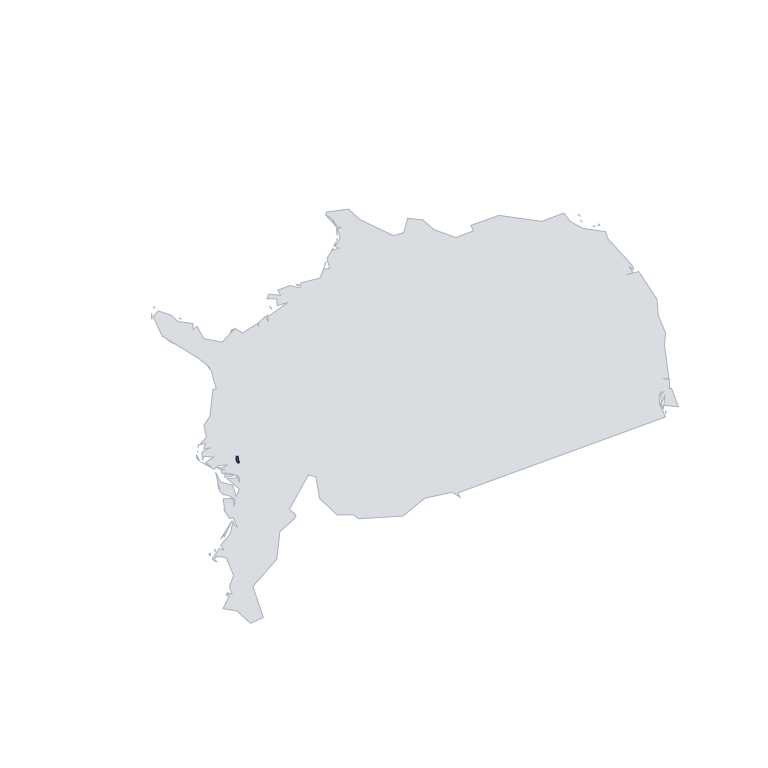 Cumberland, Virginia, United States of America (highlighted), rotated 140°
{"feature_id": "52423323B14304412427798", "entity_name": "Cumberland", "entity_type": "district", "adm_level": 2, "iso_a3": "USA", "parent_name": "United States of America", "parent_adm1": "Virginia", "projection": "orthographic", "projection_center": [-78.246, 37.525], "detail": "fine", "context": "in_parent", "style": "filled", "palette": "slate", "viewbox_px": 768, "rotation_deg": 140, "n_neighbors": 0, "source": "geoboundaries", "source_scale": "gbopen_adm2", "svg_char_len": 4198}
<svg xmlns="http://www.w3.org/2000/svg" viewBox="0 0 768 768"><g transform="rotate(140 384 384)"><path d="M578.5,318.8L614.6,313.2L626.5,282.8L640.1,286.5L642.5,304.4L651.7,315.4L638.5,321.2L638.1,324.6L635.5,320.7L632.7,328.1L622.3,334.0L616.4,352.5L623.2,359.7L627.3,358.4L625.9,355.2L627.4,356.6L628.0,360.4L616.1,363.9L613.5,360.0L612.7,365.6L598.6,367.8L588.3,375.5L589.2,371.4L588.1,368.8L585.6,378.6L588.7,380.2L587.9,388.5L581.0,399.4L573.1,393.1L577.6,386.3L572.4,391.1L574.7,398.4L578.0,402.5L578.7,407.2L569.7,424.7L572.3,413.8L564.9,403.8L569.5,392.9L562.3,396.3L565.0,412.2L558.0,407.5L555.5,408.0L557.7,403.0L557.6,401.5L555.2,405.4L555.1,408.8L565.9,414.8L563.5,417.7L558.7,412.2L556.9,411.2L562.9,417.8L565.6,419.1L564.1,423.2L560.7,420.1L565.9,426.1L564.7,426.9L562.2,423.9L555.5,422.5L563.8,428.2L569.0,427.9L574.5,442.5L569.7,431.3L571.2,438.6L561.3,437.3L568.5,444.4L572.0,442.2L567.6,448.9L558.1,446.8L563.9,450.1L558.9,453.5L564.8,455.9L554.1,457.5L548.4,468.2L538.2,471.1L518.3,490.1L515.8,487.9L507.8,505.3L507.0,509.7L509.7,523.2L523.1,563.3L517.6,584.0L509.9,585.0L502.8,573.6L501.7,564.3L491.5,553.1L495.3,548.4L490.1,548.4L492.9,534.7L481.3,520.2L462.3,522.2L459.5,513.9L441.1,511.6L443.7,508.7L440.2,511.5L431.8,512.1L432.2,505.9L430.4,510.1L405.2,508.3L415.6,512.7L411.3,518.0L418.9,524.5L414.5,526.9L406.2,518.4L405.0,524.1L392.9,520.0L386.8,511.7L382.2,514.8L365.1,506.3L353.6,512.4L356.6,510.7L351.3,507.6L347.1,516.8L335.3,521.0L338.1,519.6L331.2,517.2L333.1,521.0L324.2,523.4L319.4,533.4L315.9,530.9L318.7,534.5L317.7,544.4L320.2,551.0L317.4,552.6L298.7,540.7L296.7,525.3L281.5,491.7L271.5,487.3L259.4,495.8L248.9,484.9L246.5,470.2L234.7,449.9L217.1,443.8L215.4,449.6L187.6,439.3L158.7,407.2L136.3,399.3L136.8,388.3L131.3,374.9L116.3,358.4L119.0,351.7L117.7,313.9L119.6,311.1L120.6,316.6L121.8,309.2L128.1,312.1L116.5,306.3L120.5,273.3L129.9,260.1L135.5,242.2L144.0,233.6L162.3,205.0L166.9,208.8L162.2,203.9L168.4,197.0L166.5,195.9L173.1,177.4L183.5,187.7L175.9,194.9L183.6,191.1L178.9,198.2L174.9,198.2L176.9,199.8L181.0,198.1L186.1,191.2L189.5,177.8L397.4,253.1L398.6,248.3L401.3,257.2L426.4,270.4L454.5,270.7L490.2,297.2L491.4,303.4L504.1,313.9L506.9,337.9L495.9,356.5L500.2,363.0L537.0,348.9L535.8,340.0L539.0,338.5L558.7,337.8L578.5,318.8ZM603.1,371.6L609.1,370.2L587.9,377.1L605.3,369.2L603.1,371.6ZM186.2,185.4L185.1,191.0L184.6,191.6L184.4,186.8L186.2,185.4ZM320.1,549.3L318.8,540.1L319.7,535.2L319.3,540.5L320.1,549.3ZM640.0,321.7L640.2,324.5L639.2,324.0L640.0,321.7ZM386.7,514.3L387.0,516.5L385.2,514.5L386.7,514.3ZM120.1,369.7L122.5,369.7L122.5,370.1L120.1,369.7ZM118.2,367.7L116.8,368.6L116.6,367.1L118.2,367.7ZM621.7,363.9L620.1,365.8L619.6,365.4L621.7,363.9ZM321.9,531.1L319.8,534.6L324.6,527.8L321.9,531.1ZM519.2,550.1L521.8,558.0L518.7,549.4L519.2,550.1ZM128.3,381.3L128.4,383.8L128.1,381.4L128.3,381.3ZM518.8,585.2L516.3,587.6L520.4,582.5L518.8,585.2ZM575.4,447.5L573.0,450.6L574.8,443.2L575.4,447.5ZM186.8,180.6L186.0,182.0L185.8,180.9L186.8,180.6ZM333.0,522.6L328.9,523.6L333.2,522.0L333.0,522.6ZM627.5,364.2L627.5,366.2L625.7,365.9L627.5,364.2ZM126.1,386.8L125.9,389.6L125.8,386.9L126.1,386.8ZM327.7,524.9L326.0,525.5L327.6,524.2L327.7,524.9ZM577.8,410.6L575.3,414.8L578.1,409.0L577.8,410.6ZM352.2,513.9L349.5,515.0L353.5,512.9L352.2,513.9ZM508.2,507.4L507.6,510.7L507.4,508.4L508.2,507.4ZM565.7,456.4L564.9,457.0L567.4,454.5L565.7,456.4ZM469.1,522.0L465.8,523.5L464.6,523.0L469.1,522.0ZM430.6,511.4L430.0,511.9L428.2,511.6L430.6,511.4ZM498.2,564.4L498.6,566.7L497.7,563.9L498.2,564.4ZM422.2,515.0L421.5,517.1L421.7,513.3L422.2,515.0ZM511.3,590.5L509.5,590.6L512.0,590.1L511.3,590.5ZM587.5,390.0L586.3,392.1L587.7,389.1L587.5,390.0ZM571.1,451.3L570.0,452.1L569.8,452.0L571.1,451.3Z" fill="#d9dde1" stroke="#a8b0b8" stroke-width="1"/><path d="M542.5,422.4L542.8,422.6L543.0,422.7L543.2,422.9L543.6,422.8L543.7,423.0L543.8,422.7L544.0,422.9L544.2,422.7L544.3,422.6L544.5,422.4L544.7,422.2L545.0,422.1L545.5,421.3L545.5,421.0L546.0,420.8L546.5,418.6L546.5,418.4L546.7,418.2L546.3,417.9L546.5,417.6L546.4,417.4L545.8,416.9L545.5,417.0L545.1,417.4L544.9,417.7L544.8,418.5L542.5,422.4Z" fill="#64748b" stroke="#1e293b" stroke-width="1.5"/></g></svg>